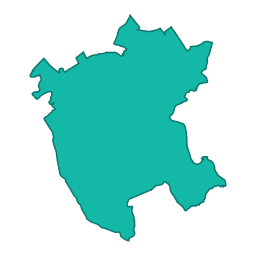 Axtla de Terrazas, San Luis Potosí, Mexico (Robinson projection)
{"feature_id": "50627088B25246558937537", "entity_name": "Axtla de Terrazas", "entity_type": "district", "adm_level": 2, "iso_a3": "MEX", "parent_name": "Mexico", "parent_adm1": "San Luis Potosí", "projection": "robinson", "projection_center": [-98.863, 21.424], "detail": "fine", "context": "isolated", "style": "filled", "palette": "teal", "viewbox_px": 256, "rotation_deg": 0, "n_neighbors": 0, "source": "geoboundaries", "source_scale": "gbopen_adm2", "svg_char_len": 5727}
<svg xmlns="http://www.w3.org/2000/svg" viewBox="0 0 256 256"><path d="M225.9,185.2L225.5,182.1L224.4,179.7L222.1,178.4L220.4,177.0L217.7,175.1L217.3,174.0L215.4,171.2L214.6,168.9L214.7,167.4L214.2,165.5L213.0,163.1L212.3,162.0L211.1,161.0L209.8,160.4L209.6,160.5L207.3,159.2L207.5,156.9L205.1,156.7L203.5,156.8L202.2,157.5L201.6,158.6L203.4,159.2L202.0,160.6L201.8,161.6L200.3,163.0L198.7,164.0L196.5,164.3L194.2,163.3L193.6,162.6L190.7,158.3L190.5,157.1L187.2,146.7L187.2,145.8L186.8,145.5L186.9,143.6L186.8,139.3L186.6,136.7L186.1,131.1L185.0,126.2L183.8,124.4L182.4,123.3L180.9,123.3L177.7,121.8L174.2,121.2L172.1,120.6L171.3,120.1L170.2,118.6L169.9,118.0L169.7,117.2L169.8,116.5L172.5,114.0L173.5,111.8L174.2,109.6L174.5,107.9L175.5,106.2L176.3,105.4L177.8,104.6L181.6,103.1L184.0,101.3L185.2,101.6L187.4,99.7L184.6,96.8L185.7,93.6L186.7,92.7L188.0,92.2L189.0,92.1L190.2,90.0L194.8,91.0L195.3,90.1L196.2,89.1L196.4,89.5L196.6,88.5L196.9,88.2L197.2,86.8L198.3,85.2L199.1,84.3L200.5,83.4L202.1,83.5L203.4,82.7L204.1,82.6L205.4,82.7L207.0,82.4L207.3,82.1L207.5,81.6L207.5,80.9L206.8,79.8L206.6,78.2L206.4,77.6L203.5,74.9L202.2,74.2L201.5,73.5L201.4,73.2L201.6,72.6L202.1,71.4L202.9,70.5L203.8,69.9L205.9,69.0L206.0,67.7L206.6,64.6L206.8,64.4L207.4,62.0L207.3,58.0L209.4,53.8L209.6,52.9L212.3,43.1L212.0,42.4L211.0,42.4L208.3,41.6L206.8,41.4L204.0,42.0L202.4,43.1L201.6,44.1L200.8,44.3L198.5,45.6L195.5,46.2L192.0,46.5L190.5,46.7L190.6,47.5L189.9,49.0L190.0,49.6L189.2,49.8L187.2,50.7L186.7,50.4L174.5,31.7L172.3,28.8L171.2,26.9L170.8,27.3L164.9,31.7L164.9,34.4L160.1,28.3L158.2,29.5L154.4,30.5L152.7,31.3L152.6,30.8L152.4,30.8L149.1,31.7L148.5,31.4L146.8,31.3L137.6,29.8L139.6,27.8L139.6,27.3L130.1,15.4L129.9,16.3L126.0,23.6L119.9,28.0L119.1,29.0L118.4,31.5L117.7,32.9L117.6,34.0L117.2,35.8L115.2,40.7L113.9,43.5L114.5,44.3L116.3,44.9L118.1,44.7L119.8,45.7L120.8,46.0L121.8,46.6L123.4,46.7L124.4,47.2L125.0,47.7L125.9,48.8L126.6,48.9L125.6,50.5L125.5,50.4L124.9,50.5L124.8,51.1L124.0,51.5L123.8,52.0L123.8,53.4L122.5,53.8L123.4,55.2L120.5,56.1L119.6,55.1L118.1,53.9L117.3,53.5L116.7,53.0L115.7,52.6L114.7,52.3L114.2,52.4L113.5,52.3L112.4,52.7L110.0,52.3L108.9,52.9L107.2,52.2L106.8,52.1L106.3,52.8L105.0,52.9L103.9,53.5L103.5,53.4L101.8,53.9L101.2,53.7L99.4,53.9L98.7,53.7L97.5,54.8L93.1,55.2L91.0,56.0L86.5,58.4L83.4,52.1L76.1,57.9L78.7,63.4L71.9,67.7L68.0,69.9L65.0,72.1L64.3,71.7L63.4,70.4L62.9,68.6L61.4,68.3L60.8,68.3L59.6,69.0L59.2,69.6L59.2,71.0L59.3,71.9L59.8,72.5L59.8,72.9L59.0,72.7L57.4,71.5L53.8,68.8L52.6,67.7L51.6,66.9L51.1,66.3L50.7,65.9L49.9,65.5L48.4,63.8L47.5,62.4L46.0,61.0L44.8,59.2L43.7,58.4L34.3,68.3L33.4,69.6L32.8,69.9L33.3,70.4L33.4,70.8L33.4,71.1L33.1,71.3L31.9,71.9L31.6,72.7L31.4,73.4L31.1,73.7L31.0,74.1L30.2,74.8L30.1,75.3L30.1,75.8L31.0,77.0L34.6,76.9L36.7,76.2L39.5,74.9L39.9,75.0L40.1,75.2L40.1,76.5L41.2,78.7L41.1,80.0L40.9,80.5L39.4,82.6L38.5,85.8L38.6,86.2L39.7,88.6L39.5,90.2L39.2,91.1L38.2,91.7L35.1,91.9L33.0,92.9L32.5,93.4L32.3,93.8L32.3,94.4L32.6,95.0L34.6,96.6L35.9,98.6L36.4,99.0L36.9,99.0L37.9,98.7L39.5,97.3L40.0,96.5L40.8,95.8L42.6,94.5L45.6,92.9L47.4,92.2L48.9,91.6L50.4,91.7L51.4,92.0L51.8,92.7L51.9,93.5L51.8,95.4L50.9,97.0L50.6,97.7L50.7,99.8L50.5,100.4L49.9,100.8L49.0,101.9L49.0,102.2L49.5,103.5L50.0,104.1L50.5,104.3L51.1,104.3L51.8,104.0L53.0,103.0L53.4,102.8L53.8,102.9L53.8,103.2L53.7,103.5L52.7,104.0L52.0,105.3L52.1,105.9L53.1,107.2L54.6,108.2L55.0,108.7L55.0,109.0L54.9,109.4L54.4,109.8L52.7,110.3L52.4,110.6L51.4,112.5L49.5,113.8L48.6,114.6L48.6,115.0L47.8,115.6L47.6,116.0L46.1,116.6L45.1,117.6L44.1,118.3L44.7,120.4L45.5,121.0L50.1,128.7L52.2,131.4L53.6,137.1L53.5,138.4L52.7,140.0L53.0,140.6L53.2,142.1L54.1,145.7L54.8,147.7L56.3,151.6L56.7,155.7L57.2,158.4L57.2,159.6L60.0,174.1L60.8,175.8L64.3,178.6L65.1,179.0L65.9,180.0L65.5,181.1L69.6,187.9L71.1,189.9L71.1,190.4L74.3,196.0L75.7,197.1L75.9,197.5L76.4,198.3L77.0,200.6L78.7,203.5L80.5,204.9L81.7,208.8L83.5,212.3L85.8,215.7L86.8,218.8L90.2,221.4L93.2,222.7L94.4,223.0L98.2,224.6L100.1,226.3L101.5,227.4L103.5,228.1L104.5,228.2L115.3,232.3L118.7,232.1L120.0,233.0L120.8,236.3L123.7,238.6L126.0,239.9L127.3,240.5L128.4,240.5L128.9,240.6L128.8,240.2L128.9,239.1L129.5,237.9L130.1,237.5L131.9,236.9L133.4,235.8L134.1,235.1L134.5,234.1L134.7,233.2L134.3,231.4L133.4,229.7L133.9,228.4L134.2,227.9L134.5,226.6L134.7,226.4L134.7,225.6L134.5,221.4L134.2,218.3L133.5,215.6L132.3,213.1L131.9,211.6L131.9,210.3L132.0,208.9L132.5,207.8L132.5,207.1L132.3,206.6L131.9,206.2L129.7,206.8L128.1,206.6L127.4,206.2L127.1,205.7L127.0,205.1L126.9,204.6L127.2,203.3L128.3,200.5L129.1,199.2L150.3,190.1L150.9,190.3L155.2,186.2L156.9,185.2L158.4,185.3L161.4,184.6L162.4,184.1L163.6,182.6L165.0,181.7L166.0,182.0L167.5,183.6L168.0,183.7L169.9,186.2L170.4,190.6L171.2,191.9L172.0,193.8L173.0,194.7L173.2,195.5L173.7,195.8L174.3,196.4L175.2,198.6L176.1,199.7L176.3,200.4L176.7,200.9L176.9,201.7L178.5,203.0L178.7,203.4L180.8,205.0L181.1,205.7L181.8,205.5L182.2,205.8L182.7,206.6L182.8,207.3L183.7,208.1L184.6,210.1L185.3,210.6L185.9,210.7L186.5,210.5L187.2,209.4L187.9,208.7L188.8,208.5L189.1,208.1L190.8,206.7L192.1,206.0L193.5,205.7L194.3,205.9L195.7,206.0L196.1,205.9L196.9,204.9L197.7,205.1L198.0,204.7L198.5,204.6L198.9,204.9L199.2,204.9L199.4,204.8L199.8,203.6L200.9,203.0L201.3,202.6L202.8,202.2L203.8,201.7L203.9,201.0L203.5,200.3L203.5,200.0L204.0,199.4L204.6,199.0L205.1,198.3L205.2,196.6L206.1,193.6L206.7,192.7L207.9,191.4L208.3,190.6L209.4,189.0L210.9,188.7L212.5,188.2L213.2,187.4L214.5,186.4L216.9,186.0L217.9,185.4L218.3,185.4L219.1,185.7L220.4,186.8L221.2,186.4L221.1,186.0L221.7,185.6L222.4,185.6L223.0,185.9L223.1,186.8L223.9,185.7L224.8,186.2L225.9,185.2Z" fill="#14b8a6" stroke="#0f766e" stroke-width="1.5"/></svg>